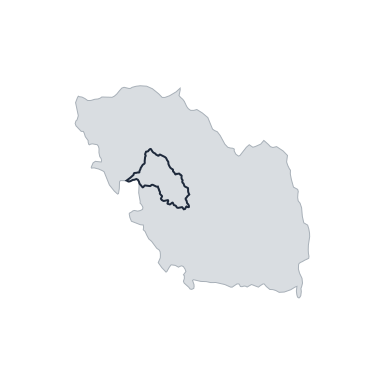 location of Pardubický within Czechia, rotated 212°
{"feature_id": "CZE-10373", "entity_name": "Pardubický", "entity_type": "Region", "adm_level": 1, "iso_a3": "CZE", "parent_name": "Czechia", "parent_adm1": "", "projection": "mercator", "projection_center": [16.129, 49.893], "detail": "fine", "context": "in_parent", "style": "outline", "palette": "slate", "viewbox_px": 384, "rotation_deg": 212, "n_neighbors": 0, "source": "natural_earth", "source_scale": "10m", "svg_char_len": 5841}
<svg xmlns="http://www.w3.org/2000/svg" viewBox="0 0 384 384"><g transform="rotate(212 192 192)"><path d="M339.2,213.0L338.1,213.1L335.6,214.2L332.4,214.5L328.9,214.3L326.2,216.1L323.6,219.1L321.0,221.1L319.6,222.9L318.8,224.8L309.9,230.0L308.6,232.2L307.7,235.2L307.2,239.3L306.6,242.9L305.1,244.8L300.3,246.4L299.1,247.3L298.2,249.1L295.5,252.0L292.3,254.6L286.5,257.7L280.3,258.6L272.2,257.6L267.4,256.4L265.1,257.8L262.0,261.8L258.5,268.6L257.1,273.8L256.1,272.3L254.1,266.9L251.9,266.2L248.9,265.7L246.6,264.8L241.8,261.7L239.3,260.7L236.4,260.5L233.6,262.3L231.6,264.5L225.1,264.5L218.0,263.5L207.9,256.2L205.3,256.1L202.5,256.5L198.0,254.8L189.5,250.0L185.4,248.9L182.9,249.6L180.6,250.7L178.9,250.8L178.0,249.2L174.8,247.3L171.6,247.1L170.7,248.3L169.6,258.7L168.5,262.4L164.1,262.2L162.5,264.0L159.1,269.0L158.4,273.8L152.4,272.8L149.5,272.0L147.0,272.6L144.3,275.3L136.5,275.1L130.4,273.6L127.7,267.6L124.9,265.3L121.4,263.1L120.1,262.7L118.2,259.4L114.5,255.4L108.5,249.9L103.8,250.2L102.1,248.7L101.3,246.7L99.4,243.2L97.2,240.7L94.5,239.8L90.7,236.7L85.6,229.9L80.9,225.1L76.4,225.2L73.5,222.7L70.6,219.5L68.5,216.4L65.2,208.7L62.7,204.4L60.8,201.7L58.7,199.4L57.9,197.6L60.5,193.5L61.5,191.5L62.6,189.9L63.3,188.3L63.2,187.0L60.9,183.0L57.7,180.1L53.0,177.1L50.0,173.3L48.9,169.9L48.5,168.0L46.5,165.4L44.8,161.7L44.8,159.4L45.2,158.8L46.8,158.8L48.5,160.3L51.0,163.3L53.0,167.6L54.2,166.0L56.5,161.4L60.7,156.1L64.9,153.1L68.6,152.9L71.7,152.1L74.3,150.6L78.8,151.2L82.1,152.3L83.1,151.6L84.4,148.9L85.3,146.5L92.5,145.1L94.9,140.6L96.3,140.6L97.9,139.9L99.4,138.2L100.9,137.5L102.1,138.3L103.6,138.9L105.2,137.8L107.5,132.6L108.9,131.8L115.2,130.9L123.8,127.9L128.1,125.1L132.4,123.6L137.0,120.9L144.3,118.4L144.7,117.3L141.3,114.6L140.1,112.9L139.4,111.2L140.6,109.3L142.2,108.7L144.2,109.5L150.4,110.6L152.0,111.8L152.6,114.5L154.2,117.0L155.4,117.2L155.0,121.3L157.0,122.9L159.8,124.2L161.7,123.9L163.0,122.3L163.6,121.1L167.3,120.9L171.1,119.2L171.4,116.4L171.2,111.1L171.6,110.3L177.4,111.8L183.2,114.2L184.0,119.4L185.5,122.0L187.3,124.4L189.1,125.4L192.1,125.6L200.0,128.7L203.8,129.3L207.6,131.5L210.9,133.7L213.3,134.1L214.4,136.5L215.8,138.2L218.4,136.9L227.9,135.1L231.2,137.5L233.5,140.0L233.9,140.8L232.7,143.0L232.1,144.7L231.1,145.8L227.9,147.0L226.0,148.9L224.7,151.1L225.6,153.1L228.3,154.6L230.1,155.0L230.8,156.4L236.8,163.1L241.6,171.7L243.4,173.0L245.2,173.4L247.2,172.1L249.5,169.3L252.3,167.3L254.6,166.2L258.7,163.8L258.9,162.3L255.5,156.4L253.5,151.7L254.0,150.8L258.4,151.6L265.8,154.2L277.3,162.6L279.4,162.6L283.4,162.0L287.8,160.6L289.9,159.0L290.6,159.6L291.3,164.3L290.2,166.8L284.9,169.3L285.2,170.5L286.6,172.1L288.9,173.1L291.8,176.1L293.8,179.5L295.5,181.1L297.4,181.9L302.1,180.0L303.5,178.6L304.1,177.6L305.0,177.8L306.7,179.5L307.2,180.5L311.8,182.4L314.5,184.7L316.2,185.8L318.1,184.7L325.4,186.6L327.4,188.2L328.1,190.8L327.7,192.3L328.8,196.4L338.1,206.1L339.1,211.1L339.2,213.0Z" fill="#d9dde1" stroke="#a8b0b8" stroke-width="1"/><path d="M241.0,171.3L242.5,172.7L244.4,173.7L246.1,173.5L247.5,171.7L248.5,171.0L249.0,170.2L249.5,169.3L250.3,168.1L251.2,167.3L252.1,167.1L253.0,167.2L253.5,167.1L251.9,171.3L250.8,175.0L250.7,175.7L251.0,176.4L251.0,176.7L251.1,177.1L251.0,177.4L250.9,177.6L250.7,177.8L249.3,178.8L248.4,179.8L248.2,179.9L248.0,180.0L247.3,180.4L247.1,180.8L247.2,181.1L247.5,181.6L247.6,182.0L247.7,182.3L247.8,183.8L248.2,185.1L248.2,185.5L248.2,187.3L248.2,189.0L247.5,190.5L247.4,191.0L247.5,191.6L247.8,192.1L248.5,193.1L250.3,196.8L250.4,198.0L250.6,198.3L250.8,198.6L251.5,198.8L251.9,199.5L252.3,201.8L250.9,203.2L250.8,203.7L250.7,205.0L250.4,206.0L250.0,206.5L249.5,206.6L247.3,205.5L246.3,205.1L245.2,205.0L243.7,205.1L243.3,205.1L242.8,204.8L242.5,204.7L240.1,204.8L239.8,204.9L239.5,205.2L239.5,205.8L239.4,206.2L239.3,206.5L238.9,206.8L233.7,207.3L232.6,207.2L231.8,207.0L230.0,205.8L228.5,205.2L228.0,204.9L227.7,204.5L227.4,204.0L227.0,203.5L226.5,203.0L224.8,201.9L223.5,201.2L222.6,201.0L221.5,200.9L220.6,201.0L220.1,200.9L219.8,200.7L219.6,200.4L219.5,200.0L219.2,199.7L218.7,199.4L217.7,199.2L217.1,199.0L216.5,198.7L215.9,198.3L215.6,198.2L215.3,198.2L215.1,198.3L215.0,198.5L214.8,199.0L214.6,199.3L214.4,199.5L214.0,199.6L213.7,199.8L213.1,200.5L212.6,200.8L212.2,200.8L211.8,200.7L211.2,200.4L210.8,200.4L210.5,200.6L209.4,200.3L208.7,198.9L208.1,198.1L207.4,197.5L206.2,197.0L206.1,196.8L206.0,196.6L205.9,195.9L205.7,195.6L205.5,195.3L204.9,194.9L203.7,194.7L201.7,193.1L200.9,192.9L197.6,193.2L197.4,193.0L196.9,192.5L195.8,190.7L194.9,189.7L193.0,188.4L193.1,187.9L193.3,187.2L193.5,186.5L193.6,186.1L193.7,185.8L193.7,184.4L193.7,184.1L193.8,183.9L193.9,183.7L194.0,183.3L193.9,183.0L193.5,182.5L193.2,182.2L192.9,182.1L192.3,181.9L192.0,181.7L190.4,180.1L190.1,179.9L188.6,179.5L187.5,178.8L187.2,178.5L186.7,177.7L186.9,177.3L187.7,176.9L188.6,176.7L189.0,176.7L189.1,176.0L189.1,175.8L189.1,175.6L189.0,174.8L188.9,174.4L188.9,174.1L189.0,173.9L189.1,173.7L189.8,173.0L192.2,173.9L192.5,173.8L195.2,171.3L196.0,170.9L196.7,170.9L198.4,171.7L199.0,171.7L200.4,171.3L200.6,171.4L202.4,172.6L202.7,172.7L203.0,172.6L203.2,172.3L203.8,170.5L204.0,170.0L204.2,169.7L206.4,169.1L206.6,169.2L206.8,169.4L207.2,171.2L207.5,171.9L207.7,172.1L207.9,172.3L208.1,172.3L208.3,172.2L211.1,169.5L211.5,169.3L213.3,169.2L214.5,169.6L214.8,169.8L214.9,170.0L214.9,170.4L215.0,171.8L215.0,172.2L215.2,172.6L215.6,172.8L218.1,173.4L218.4,173.6L218.7,174.2L219.1,174.9L219.6,175.4L220.1,175.6L220.5,175.7L220.7,175.9L221.4,176.7L221.6,176.9L222.1,177.0L223.8,178.5L224.4,178.0L225.1,177.7L229.0,177.3L229.6,177.0L229.8,176.8L230.1,176.5L230.2,176.1L230.4,175.2L230.6,174.9L230.9,174.7L235.4,172.6L235.6,172.2L235.7,171.8L235.8,170.9L235.9,170.5L236.0,170.2L236.2,169.9L236.4,169.8L241.0,171.3Z" fill="none" stroke="#1e293b" stroke-width="2"/></g></svg>